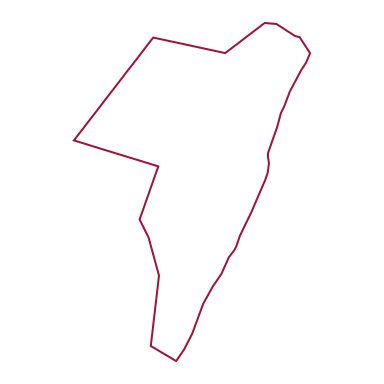 the border of Mudug
{"feature_id": "SOM-2412", "entity_name": "Mudug", "entity_type": "Region", "adm_level": 1, "iso_a3": "SOM", "parent_name": "Somalia", "parent_adm1": "", "projection": "equal_earth", "projection_center": [47.931, 6.026], "detail": "fine", "context": "isolated", "style": "outline", "palette": "rose", "viewbox_px": 384, "rotation_deg": 0, "n_neighbors": 0, "source": "natural_earth", "source_scale": "10m", "svg_char_len": 895}
<svg xmlns="http://www.w3.org/2000/svg" viewBox="0 0 384 384"><path d="M73.9,140.4L75.5,138.4L77.0,136.4L80.3,132.1L83.7,127.8L85.2,125.8L88.8,121.1L92.4,116.4L96.1,111.7L99.7,107.0L103.3,102.3L106.9,97.6L110.5,92.9L114.2,88.2L117.8,83.5L121.4,78.8L125.0,74.1L128.6,69.4L132.3,64.8L135.9,60.1L139.5,55.4L143.1,50.7L146.7,46.0L150.3,41.3L153.3,37.5L155.1,38.0L155.7,38.1L225.2,53.1L264.6,23.0L276.5,24.0L295.1,36.1L299.6,37.1L310.1,53.2L306.1,62.6L301.2,70.1L289.8,91.6L284.3,106.1L280.9,113.1L277.2,126.9L268.1,152.8L267.9,155.0L268.0,157.2L268.7,161.4L268.9,163.6L267.8,172.4L265.2,180.0L258.9,194.6L251.4,212.1L239.9,235.8L236.2,246.6L234.3,250.2L228.9,257.2L221.4,273.9L212.6,286.8L203.1,304.0L192.2,333.7L184.2,349.3L176.2,361.0L175.7,360.8L150.8,346.0L159.0,275.7L148.6,237.6L139.6,219.5L158.3,166.4L130.1,157.7L102.0,149.1L73.9,140.4Z" fill="none" stroke="#9f1239" stroke-width="2"/></svg>